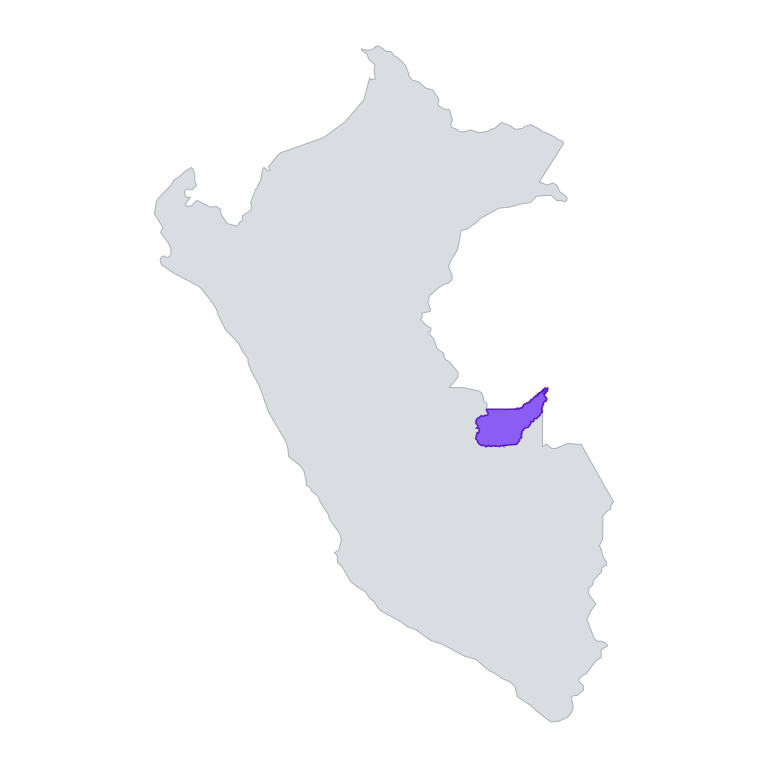 location of Purus, Ucayali, Peru
{"feature_id": "86281439B73301228794049", "entity_name": "Purus", "entity_type": "district", "adm_level": 2, "iso_a3": "PER", "parent_name": "Peru", "parent_adm1": "Ucayali", "projection": "mercator", "projection_center": [-71.206, -10.219], "detail": "fine", "context": "in_parent", "style": "filled", "palette": "violet", "viewbox_px": 768, "rotation_deg": 0, "n_neighbors": 0, "source": "geoboundaries", "source_scale": "gbopen_adm2", "svg_char_len": 9491}
<svg xmlns="http://www.w3.org/2000/svg" viewBox="0 0 768 768"><path d="M567.1,198.4L566.8,200.8L563.9,201.9L561.2,200.3L557.1,200.8L551.1,195.3L536.8,196.1L530.5,202.6L521.0,203.9L510.6,206.9L498.9,208.2L480.5,218.4L476.2,222.6L467.9,228.7L461.1,230.7L457.7,249.4L451.1,260.2L448.4,266.3L452.1,275.2L452.0,279.7L448.2,283.3L445.2,283.7L438.8,287.5L429.5,295.8L427.8,302.1L430.8,310.5L429.8,311.5L422.0,313.1L422.2,317.7L420.6,319.5L427.1,326.2L430.8,327.8L431.0,329.5L430.4,331.2L428.9,332.0L428.8,333.5L433.6,338.5L437.0,348.5L443.9,353.4L444.0,356.6L446.0,359.8L449.6,362.2L457.9,372.2L458.0,376.9L449.4,387.6L463.7,387.6L479.5,391.2L481.7,393.0L483.6,397.8L483.8,401.0L487.0,403.5L486.7,409.4L507.5,409.5L520.9,408.0L542.7,390.1L546.2,388.6L544.3,392.5L544.1,395.3L545.2,398.4L542.7,402.8L542.5,446.6L546.5,444.2L551.6,448.3L555.3,448.6L567.3,443.6L581.1,444.4L613.5,501.8L610.7,505.8L610.9,508.7L606.9,511.3L602.9,515.9L602.7,538.9L599.4,545.8L601.3,549.5L603.0,556.8L606.0,561.2L606.8,564.0L606.5,565.1L601.9,567.6L601.6,571.8L593.6,580.1L592.1,585.6L589.1,587.5L588.5,593.8L595.9,604.1L591.2,610.2L586.8,619.3L594.2,638.5L597.2,641.2L600.4,641.1L605.2,642.7L607.8,645.6L601.9,649.2L600.9,650.8L601.4,657.1L594.9,661.9L586.2,674.0L583.8,674.7L579.4,678.3L578.7,680.1L579.4,681.9L583.2,685.4L583.6,689.9L577.3,695.4L572.9,695.9L571.2,697.4L573.0,704.9L573.0,708.3L571.6,712.3L568.5,716.6L559.2,721.1L550.6,721.9L536.2,710.7L531.7,706.1L517.3,696.6L515.0,686.7L510.2,681.9L501.4,678.2L494.5,673.1L489.2,670.8L476.3,659.6L464.4,656.1L442.5,644.3L430.6,640.4L415.3,629.5L407.2,626.6L400.5,621.5L380.6,610.7L377.5,607.2L374.4,601.9L370.0,598.7L365.0,591.4L357.6,587.1L350.5,581.4L341.8,566.2L337.6,562.7L337.3,555.8L334.5,552.6L338.7,550.3L341.4,539.6L340.0,534.2L329.9,519.8L328.0,513.8L320.6,502.8L317.9,496.2L312.0,491.3L309.6,487.2L306.3,485.4L306.1,480.4L303.8,470.7L300.6,465.9L288.8,456.8L287.7,447.0L285.1,440.1L268.8,412.6L259.4,386.1L251.4,371.4L248.2,363.0L247.9,358.4L242.0,350.6L238.8,343.5L225.6,329.8L217.9,314.5L216.8,310.0L211.6,301.6L203.2,290.8L199.0,286.4L173.5,273.0L161.5,264.7L160.1,260.6L160.7,258.1L163.4,255.8L167.0,257.6L169.2,256.9L170.9,253.9L171.0,249.4L168.7,243.5L160.6,232.3L162.7,227.2L154.5,214.2L156.4,201.5L158.3,198.3L170.6,185.5L174.0,180.0L179.3,176.7L184.7,171.5L191.2,167.6L193.0,168.9L195.0,175.8L194.7,180.3L196.5,185.4L192.0,190.0L187.1,189.0L185.2,190.2L184.5,192.4L185.2,195.8L186.5,197.3L190.2,197.4L185.2,204.1L185.6,205.5L189.1,206.7L192.3,205.0L195.8,201.1L197.9,200.6L210.3,207.2L216.1,206.4L220.5,209.4L221.0,214.2L227.2,223.6L236.5,225.9L238.0,225.1L240.1,221.6L242.2,221.1L242.6,215.8L250.6,210.3L251.8,206.5L250.7,203.8L250.9,201.7L255.6,189.3L257.1,188.1L258.4,184.1L260.3,181.7L263.0,167.9L265.2,168.0L267.3,171.2L269.8,170.4L268.5,167.3L268.9,166.2L277.8,155.2L280.6,152.8L323.5,137.6L344.9,122.0L363.7,100.1L369.6,78.1L371.8,79.6L375.3,79.1L374.1,70.2L375.0,66.0L374.8,64.7L369.0,59.4L366.6,53.6L361.5,50.3L361.7,49.0L367.1,50.3L372.0,49.7L376.2,46.1L379.4,46.4L386.4,51.4L391.6,51.8L393.3,55.4L398.3,58.0L405.5,65.6L408.8,73.9L408.5,75.4L411.7,79.8L418.7,81.9L425.6,88.0L432.9,89.9L436.1,95.4L438.0,97.2L439.0,100.3L437.9,104.0L439.0,106.0L444.3,109.3L448.8,109.4L449.8,111.0L452.4,120.1L450.7,124.7L451.4,127.3L457.3,129.5L459.1,131.5L463.8,131.9L470.6,129.9L478.9,132.7L485.3,131.7L488.3,131.0L491.3,128.9L493.8,129.0L500.4,123.2L502.2,122.7L509.2,125.3L515.1,129.3L522.4,128.5L525.4,126.1L530.7,124.7L540.2,129.6L542.3,131.9L544.9,132.3L555.1,137.2L557.0,139.2L562.3,141.1L563.5,142.6L563.1,144.4L539.2,181.9L546.6,185.0L553.5,183.1L557.1,185.6L559.7,191.7L565.2,195.7L567.1,198.4Z" fill="#d9dde1" stroke="#a8b0b8" stroke-width="1"/><path d="M486.5,446.5L487.0,446.0L487.3,446.3L487.6,446.3L487.7,446.0L488.6,445.4L488.7,446.0L489.5,445.9L489.9,446.2L491.3,446.6L491.5,446.4L491.7,446.1L492.2,446.1L492.9,445.7L493.7,446.0L494.1,445.8L494.4,446.0L495.3,446.1L495.5,446.3L496.0,446.3L496.0,446.0L496.3,446.2L497.1,446.0L497.7,446.2L498.3,446.0L498.8,446.0L499.5,446.6L499.7,446.3L500.2,446.0L501.0,445.9L501.2,445.7L501.6,445.9L502.3,445.9L503.1,445.6L503.6,446.1L503.6,445.6L504.1,445.2L504.4,445.4L504.8,445.1L504.9,445.3L505.2,445.3L505.5,445.6L505.9,445.3L507.4,445.1L508.0,445.2L508.8,444.8L509.3,444.9L510.2,444.4L510.4,444.8L511.1,444.9L511.6,444.8L511.9,444.8L512.4,444.5L513.1,444.7L513.9,444.5L514.6,444.6L515.3,444.2L515.8,444.5L516.1,444.2L516.4,444.4L516.7,444.3L516.8,443.9L517.2,443.6L517.3,443.1L517.6,442.9L518.0,442.8L518.1,442.4L518.4,441.7L518.8,441.6L519.6,440.7L519.7,439.5L520.2,438.2L520.5,438.2L520.6,437.9L521.1,438.1L521.5,437.9L521.2,437.5L521.3,437.4L521.6,437.3L521.4,436.2L521.7,435.6L521.3,435.2L521.1,434.6L521.2,434.3L521.8,433.9L522.1,433.3L521.5,432.8L521.9,432.1L522.1,431.1L522.4,430.7L522.9,430.4L523.3,430.5L523.5,430.3L523.6,428.9L524.2,428.9L524.9,427.9L525.3,427.8L525.6,428.0L525.9,427.8L526.7,427.8L527.1,427.5L528.1,427.3L528.6,426.9L528.8,426.6L529.0,426.4L529.1,426.1L529.3,425.8L529.5,425.6L529.4,425.2L529.7,425.0L529.8,424.6L530.4,424.2L531.0,423.6L531.1,423.2L530.6,422.0L530.7,421.6L532.4,421.5L533.3,421.7L533.5,421.6L534.1,420.4L534.1,420.1L533.8,419.4L533.9,418.9L534.4,418.6L535.3,418.5L536.3,418.7L536.7,418.5L537.1,418.2L537.5,417.4L538.2,417.0L538.6,416.3L539.2,416.1L540.2,415.2L540.1,414.3L540.5,413.6L541.0,413.4L541.1,413.1L541.5,413.0L541.8,412.4L542.2,412.2L542.4,411.8L542.0,411.5L541.9,411.2L542.2,410.8L541.4,410.1L541.6,409.8L541.7,409.5L542.0,409.3L541.6,408.2L542.3,407.5L542.4,407.1L542.2,406.8L542.5,406.2L542.5,405.9L542.8,405.6L542.6,405.0L543.6,404.6L543.6,404.3L543.2,403.9L543.4,403.6L543.2,402.7L543.4,402.5L543.8,402.0L544.4,402.0L544.6,401.7L544.5,401.4L544.9,401.1L545.5,401.5L546.0,401.1L546.4,400.7L546.2,400.1L546.5,399.9L546.4,399.5L546.7,399.1L546.6,398.9L546.8,398.8L546.6,398.7L546.1,397.5L545.9,397.5L545.8,397.1L545.3,397.0L545.0,396.6L545.0,396.4L544.6,396.1L544.7,395.9L544.4,395.4L544.3,395.1L544.1,394.8L544.5,394.5L544.6,394.2L544.4,394.0L544.5,394.0L544.6,393.6L544.0,393.1L544.2,392.7L544.4,392.7L544.6,392.9L544.5,393.3L544.9,393.2L545.3,393.6L545.5,393.6L545.6,393.1L545.2,392.9L545.4,392.4L545.1,392.1L545.4,392.0L545.7,392.3L546.2,392.3L546.3,392.0L546.0,391.8L546.1,391.4L546.6,391.4L546.5,391.0L546.9,391.1L547.2,390.6L547.3,391.0L547.5,391.0L547.5,390.7L546.9,390.0L546.8,389.4L547.1,389.3L547.2,389.6L547.5,389.5L547.3,388.9L547.8,388.7L547.8,388.1L547.6,388.2L547.4,388.2L546.9,388.3L547.0,388.4L546.7,388.6L546.8,388.3L546.7,388.3L546.3,388.6L546.3,388.4L546.0,388.2L545.9,388.5L545.5,388.5L545.4,388.3L545.3,388.5L545.1,388.4L545.1,388.7L544.4,388.9L544.4,388.7L544.2,388.8L544.2,389.4L543.6,389.3L543.6,389.7L543.4,389.8L543.5,390.0L543.2,389.8L543.1,390.1L542.9,390.1L542.9,390.3L542.7,390.4L542.9,390.6L542.8,390.9L542.5,390.7L542.4,390.8L542.5,390.9L542.1,390.9L542.2,391.3L542.1,391.5L541.9,391.5L541.8,391.8L541.7,391.6L541.4,391.9L541.1,392.0L540.9,392.1L540.7,392.2L540.7,392.3L540.4,392.4L540.3,392.6L540.0,392.6L539.9,392.6L539.8,392.9L539.5,393.0L539.3,393.5L539.0,393.0L538.7,393.2L538.4,393.4L538.6,393.4L538.3,394.0L538.4,394.4L538.3,394.6L538.0,394.6L538.0,394.8L537.8,394.8L537.7,395.0L537.5,394.9L537.3,395.1L537.2,395.3L537.3,395.4L537.1,395.5L537.0,396.0L536.9,395.9L536.6,396.2L536.3,396.0L536.2,396.2L535.8,396.1L535.7,396.3L535.5,396.1L535.4,396.6L535.1,396.7L534.9,396.6L534.3,396.9L534.2,397.1L534.3,397.1L533.9,397.5L533.9,397.8L533.6,397.8L533.3,398.4L533.2,398.7L533.1,398.8L532.3,399.7L531.8,399.9L531.4,399.8L531.0,400.2L530.9,400.0L530.8,400.3L530.5,400.4L530.0,401.5L529.8,401.7L529.7,402.1L529.9,402.3L529.8,402.5L528.8,402.5L528.7,402.6L528.4,402.4L528.0,402.6L527.7,402.5L527.4,402.8L526.7,402.9L526.4,403.4L525.9,403.7L525.8,403.9L524.8,403.8L524.5,404.0L524.3,404.4L523.8,404.6L523.7,405.0L523.3,405.2L523.3,405.6L523.0,405.9L523.1,406.3L522.7,406.4L522.6,407.1L522.1,407.3L521.9,407.5L521.9,408.0L521.5,408.2L521.1,408.0L520.8,408.0L520.6,407.9L520.4,407.9L520.4,408.2L520.3,408.4L520.0,408.5L519.7,408.5L519.2,408.8L519.0,408.6L518.7,409.0L518.4,408.8L518.2,409.0L518.1,408.7L517.8,408.8L517.6,408.3L517.1,408.1L516.8,408.4L516.8,408.7L516.7,408.8L516.5,408.7L515.9,409.3L486.7,409.3L486.4,409.5L486.4,410.1L486.7,410.4L486.8,410.9L487.0,411.1L487.3,412.1L488.1,412.6L487.9,412.9L488.1,414.4L487.6,415.4L485.5,415.2L485.3,415.3L484.9,415.3L484.7,415.4L484.7,416.0L484.1,416.1L483.9,416.2L483.5,416.1L483.0,416.2L482.6,416.0L482.2,416.1L481.9,415.9L481.5,416.0L481.1,415.8L480.8,416.3L480.3,416.6L480.0,416.7L479.9,417.1L479.4,417.5L478.9,417.7L478.7,417.6L478.1,417.9L477.6,418.3L477.4,418.6L477.1,418.7L476.5,419.9L476.1,420.3L475.9,421.5L476.3,421.9L476.4,422.2L475.9,422.8L475.9,423.2L476.2,423.6L476.5,423.8L476.6,424.1L476.9,424.6L477.9,425.6L478.0,426.7L477.7,427.3L476.6,427.8L476.4,428.0L477.2,428.2L477.6,428.2L478.4,428.3L478.8,428.8L479.4,429.1L479.5,429.5L479.0,430.5L479.2,431.2L478.9,431.5L478.8,432.4L478.6,432.6L478.5,433.2L477.9,433.2L477.3,432.8L477.1,432.8L476.6,434.2L476.7,434.7L476.6,435.4L476.3,435.7L476.3,437.0L476.2,437.3L475.8,437.5L475.9,437.9L475.7,438.1L475.7,438.3L476.1,439.4L477.4,440.4L477.7,441.1L477.7,442.0L478.0,442.7L478.7,443.1L478.8,443.7L479.1,443.8L479.8,444.5L480.1,444.6L480.2,444.8L480.7,445.1L481.2,445.0L481.6,445.5L481.9,445.6L482.2,445.4L482.4,445.3L482.6,445.4L482.8,445.2L483.1,445.3L483.7,445.1L484.5,445.6L485.4,446.7L485.6,446.7L485.9,446.4L486.2,446.3L486.5,446.5Z" fill="#8b5cf6" stroke="#5b21b6" stroke-width="1.5"/></svg>